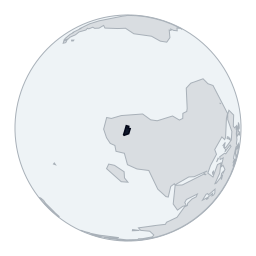 Ghanzi highlighted on a globe, orthographic projection, rotated 106°
{"feature_id": "BWA-1191", "entity_name": "Ghanzi", "entity_type": "District", "adm_level": 1, "iso_a3": "BWA", "parent_name": "Botswana", "parent_adm1": "", "projection": "orthographic", "projection_center": [20.983, -22.159], "detail": "fine", "context": "on_globe", "style": "filled", "palette": "ink", "viewbox_px": 256, "rotation_deg": 106, "n_neighbors": 0, "source": "natural_earth", "source_scale": "10m", "svg_char_len": 4578}
<svg xmlns="http://www.w3.org/2000/svg" viewBox="0 0 256 256"><g transform="rotate(106 128 128)"><circle cx="128" cy="128" r="113" fill="#eef3f6" stroke="#a8b0b8"/><path d="M17.6,105.5L18.2,103.4L17.8,105.1L18.4,108.5L21.0,107.5L21.6,111.0L21.1,114.2L22.4,113.6L22.5,115.4L29.6,112.6L34.8,114.4L35.6,120.9L33.3,130.7L35.8,148.4L32.8,157.9L35.2,165.2L38.3,177.7L36.1,179.7L40.0,183.4L41.4,187.6L40.8,189.6L43.5,193.0L43.3,194.4L45.4,195.5L49.2,201.6L52.9,204.2L56.7,208.8L59.2,210.2L59.1,210.7L60.1,212.0L61.6,213.1L59.4,213.2L54.1,209.6L51.4,206.8L51.2,207.2L45.0,200.3L46.3,202.3L38.5,193.7L33.0,185.4L22.0,164.1L20.6,160.9L19.9,159.6L17.7,150.8L16.2,141.8L15.5,132.7L15.4,123.6L16.2,114.5L17.6,105.5ZM64.4,213.7L60.3,213.7L62.0,213.4L59.6,210.7L63.1,211.4L64.4,213.7ZM59.1,206.5L58.4,204.3L59.3,204.5L59.9,206.1L59.1,206.5ZM142.3,16.3L141.7,16.2L137.4,15.8L141.7,16.4L141.2,16.2L143.5,16.5L144.2,16.5L145.0,16.6L145.8,16.8L153.7,18.3L161.6,20.5L169.2,23.2L176.7,26.4L183.8,30.2L190.7,34.5L197.3,39.2L203.5,44.4L209.3,50.1L214.7,56.1L219.7,62.6L224.2,69.4L228.1,76.4L231.6,83.8L234.5,91.3L236.9,99.1L238.7,107.0L238.8,108.1L238.4,105.7L235.6,96.0L236.8,102.7L239.0,112.1L239.8,120.7L238.9,115.9L237.9,108.3L236.9,104.6L235.9,98.5L232.6,87.9L231.6,87.4L230.5,83.8L225.9,74.5L223.7,73.7L221.2,78.6L222.9,87.6L221.1,90.4L214.0,74.4L210.3,65.5L208.0,65.0L200.4,56.3L188.2,51.9L186.2,49.6L184.0,49.9L178.6,46.9L175.4,43.5L172.3,43.1L180.7,52.2L184.0,52.9L186.4,50.6L188.2,53.8L193.3,57.8L188.6,63.6L170.1,66.9L167.8,60.1L151.5,42.5L151.7,40.9L151.6,40.7L151.4,40.4L150.3,42.9L147.4,40.0L156.6,51.0L158.3,56.1L169.8,67.2L168.8,68.1L172.4,70.8L183.3,70.3L183.5,72.6L178.6,82.5L163.1,96.3L164.9,108.1L163.4,118.4L153.3,124.5L153.7,133.1L148.4,135.8L147.7,140.8L143.2,146.0L135.8,151.1L123.8,151.4L123.4,146.6L117.9,137.9L110.5,117.8L113.9,108.5L113.0,101.9L104.2,88.5L106.2,80.8L103.7,78.0L98.8,79.3L95.9,76.1L92.9,76.5L73.6,83.0L67.6,80.0L60.0,69.4L63.4,63.4L63.7,58.0L86.6,36.3L91.8,36.0L110.2,31.6L112.5,31.9L110.7,35.3L124.8,38.7L128.9,35.7L141.3,38.4L149.4,38.8L151.7,32.8L138.5,31.9L135.9,29.0L146.2,27.4L157.6,29.1L157.0,28.1L149.5,25.1L151.8,24.0L146.8,24.1L149.0,25.2L146.0,25.5L143.7,24.5L144.7,24.1L141.1,23.4L137.7,26.3L139.6,27.7L130.5,28.2L132.8,30.7L130.4,31.9L125.6,28.2L125.9,26.9L117.3,23.9L116.2,25.2L124.2,28.3L121.9,28.1L120.4,30.4L119.6,28.5L111.1,25.4L102.7,27.2L92.5,34.4L87.5,35.9L83.1,35.9L86.4,30.0L97.2,27.3L98.5,25.6L95.9,24.3L99.4,23.8L99.7,23.1L103.7,22.3L109.0,20.1L113.1,19.5L114.8,17.9L117.1,17.5L115.5,18.4L116.5,19.0L126.5,18.4L128.3,18.1L128.6,17.2L131.4,17.4L130.4,16.7L136.0,16.6L128.3,16.2L128.5,15.7L131.6,15.5L130.3,15.4L125.2,15.8L124.4,16.1L125.8,16.4L122.4,17.8L119.0,18.3L117.4,16.9L112.5,17.6L113.4,16.7L122.9,15.5L132.6,15.5L142.3,16.3ZM79.2,45.3L78.7,46.9L79.2,45.3ZM170.2,34.7L176.8,36.5L173.0,32.5L175.3,32.9L173.2,31.5L172.7,32.2L167.5,28.7L170.1,28.6L168.9,27.3L166.6,26.6L162.8,27.5L170.2,32.3L169.0,33.3L170.2,34.7ZM18.2,103.2L18.2,103.8L17.9,104.6L18.2,103.2ZM97.2,21.1L98.7,21.0L97.3,21.8L92.2,23.5L94.1,22.2L97.2,21.1ZM101.1,20.8L101.0,19.5L104.2,18.7L102.4,19.3L104.5,18.9L102.3,19.8L105.5,20.7L104.4,21.6L95.5,23.6L99.0,22.3L97.3,22.3L101.1,20.8ZM115.0,30.5L116.8,30.5L119.6,30.2L118.7,31.9L115.0,30.5ZM109.1,28.3L110.7,28.0L110.9,29.8L109.0,30.0L109.1,28.3ZM111.4,26.4L110.8,27.8L110.0,27.1L111.4,26.4ZM116.9,18.2L118.6,18.0L118.8,18.2L118.0,18.6L116.9,18.2ZM149.5,33.6L147.3,34.6L146.0,33.9L147.0,33.7L149.5,33.6ZM132.3,32.7L136.3,33.5L132.1,33.1L132.3,32.7ZM183.3,187.5L183.2,189.7L181.9,189.2L183.3,187.5ZM181.5,119.7L173.0,137.4L168.0,136.6L167.6,130.7L171.1,119.7L177.0,117.6L180.1,113.1L181.5,119.7ZM239.3,145.5L239.5,140.1L239.3,136.3L239.6,135.1L239.9,139.6L239.4,144.5L239.3,145.5ZM239.6,134.8L238.9,126.0L235.9,106.6L237.1,108.6L239.8,122.5L239.7,123.7L240.1,130.0L239.6,134.8ZM240.4,135.5L240.4,135.1L240.5,132.8L240.6,125.7L240.5,123.4L240.6,123.9L240.4,135.5ZM223.3,88.7L225.6,95.5L224.4,95.6L223.3,88.7ZM219.1,194.3L219.5,192.2L220.9,189.1L223.0,186.6L229.1,175.5L228.8,176.4L232.0,169.8L232.5,170.0L228.7,178.5L224.2,186.6L219.1,194.3Z" fill="#d9dde1" stroke="#a8b0b8" stroke-width="1"/><path d="M126.2,130.3L126.2,130.1L126.2,129.7L126.2,129.4L126.2,129.0L126.2,128.8L126.2,128.5L126.2,128.2L126.2,127.9L126.2,127.7L126.6,127.7L127.0,127.7L127.4,127.7L127.9,127.7L128.0,127.7L128.0,127.4L128.0,127.2L128.0,126.9L128.0,126.7L128.0,126.4L128.0,126.2L128.0,125.9L128.0,125.7L133.3,125.8L136.1,129.7L135.7,130.4L131.7,130.3L126.2,130.3L126.2,130.3Z" fill="#0f172a" stroke="#020617" stroke-width="1.5"/></g></svg>